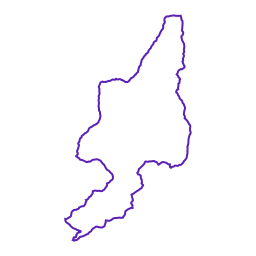 outline of Kazhi, Wangdi Phodrang, Bhutan
{"feature_id": "84629894B17880677073525", "entity_name": "Kazhi", "entity_type": "district", "adm_level": 2, "iso_a3": "BTN", "parent_name": "Bhutan", "parent_adm1": "Wangdi Phodrang", "projection": "orthographic", "projection_center": [90.104, 27.757], "detail": "fine", "context": "isolated", "style": "outline", "palette": "violet", "viewbox_px": 256, "rotation_deg": 0, "n_neighbors": 0, "source": "geoboundaries", "source_scale": "gbopen_adm2", "svg_char_len": 5792}
<svg xmlns="http://www.w3.org/2000/svg" viewBox="0 0 256 256"><path d="M170.9,167.7L171.1,167.2L171.7,166.9L172.7,166.8L173.6,166.5L174.2,166.3L174.6,165.8L175.3,165.6L176.2,165.7L177.8,165.9L179.4,164.9L180.6,164.9L181.2,164.6L182.0,163.7L183.0,162.9L184.0,161.0L184.7,160.5L186.4,158.3L186.8,156.9L187.1,154.8L187.5,153.6L187.4,151.9L187.6,151.3L187.4,150.4L187.6,148.9L187.4,146.7L187.5,146.2L187.9,145.7L188.0,144.7L188.3,143.8L188.5,139.4L189.3,136.0L189.8,134.7L190.6,133.3L190.7,132.8L190.4,131.3L190.1,130.8L190.0,129.5L190.1,127.8L190.3,126.9L190.1,125.2L189.0,124.1L188.5,122.8L187.4,121.1L186.6,120.0L185.4,119.0L184.6,118.2L185.0,116.9L184.7,116.0L184.0,114.8L183.9,113.9L184.2,111.3L185.1,108.1L184.9,107.1L184.2,105.6L183.6,103.9L182.5,102.8L182.3,101.3L181.6,100.2L180.7,99.6L180.2,98.9L179.7,98.5L179.1,96.3L178.1,95.4L177.9,94.4L177.6,93.7L177.0,92.9L176.4,92.6L176.1,91.9L176.5,90.8L177.0,89.8L178.2,89.3L178.0,87.7L178.4,86.2L178.4,83.7L179.3,83.2L179.5,82.2L179.6,80.6L179.5,80.2L180.0,79.7L180.2,79.3L179.8,78.4L178.3,77.0L178.4,76.5L178.2,76.0L176.7,74.4L177.2,73.9L177.7,72.8L178.0,71.5L178.7,70.5L180.0,69.5L180.9,69.1L181.7,69.4L183.6,68.1L184.6,67.2L184.5,66.0L183.8,65.2L183.6,64.3L183.1,63.5L182.8,62.3L182.4,61.6L183.2,60.6L182.9,58.4L183.4,57.7L184.0,55.8L183.8,55.1L183.2,54.0L183.5,53.6L183.5,53.1L184.1,52.2L184.3,51.4L183.9,50.3L184.3,46.3L184.0,43.8L182.9,41.6L182.2,40.6L181.4,37.2L181.5,37.0L181.4,36.2L182.9,34.7L183.2,33.5L183.2,32.5L182.9,31.7L182.3,31.2L181.9,30.2L182.3,28.1L182.4,25.7L182.6,22.7L182.4,20.8L181.3,19.2L181.4,18.2L180.7,15.7L179.3,15.9L175.4,15.8L174.1,15.4L170.1,15.9L168.8,16.4L166.7,16.4L166.1,16.8L164.9,17.9L164.6,18.7L164.3,20.5L164.8,21.6L164.7,22.7L164.5,23.1L163.8,23.9L163.1,25.5L163.3,27.0L163.0,28.3L163.0,28.8L161.3,30.5L161.1,31.4L160.5,32.1L159.0,35.7L158.4,36.3L157.9,37.0L157.4,37.3L156.9,37.9L156.7,38.2L156.8,39.0L156.5,40.3L156.0,40.9L154.8,41.4L153.9,42.3L153.2,44.3L151.5,46.2L150.8,48.1L149.5,49.3L148.7,50.4L148.2,52.1L147.2,53.3L146.1,53.7L145.7,54.2L145.5,55.1L145.1,55.3L144.7,55.9L144.2,56.2L143.6,57.1L143.6,57.6L142.3,59.0L142.2,59.4L141.5,60.5L141.4,61.8L140.9,63.1L140.6,65.4L139.6,66.2L139.2,66.8L138.9,67.9L138.5,68.9L138.5,70.0L138.1,70.6L138.0,72.0L136.2,73.6L135.9,74.4L135.0,74.8L134.8,75.3L134.2,75.9L133.4,77.0L132.1,77.7L131.1,78.1L130.7,78.5L130.4,79.4L129.2,80.5L128.9,81.1L127.7,82.0L125.3,82.0L123.8,80.8L122.8,80.5L122.2,80.0L121.5,80.0L120.4,79.2L119.5,79.1L117.7,79.5L116.7,79.3L116.1,78.8L115.9,78.8L115.5,79.3L114.9,79.8L112.4,79.5L110.2,80.9L108.6,80.9L106.5,81.8L105.7,81.8L104.5,82.0L103.4,82.0L102.6,81.6L102.3,81.6L100.7,82.4L100.1,83.2L99.5,85.2L98.7,86.8L98.8,87.3L99.4,88.7L99.3,91.7L99.6,92.8L99.4,94.3L98.6,96.2L98.9,97.2L98.9,98.8L98.6,99.9L98.6,101.0L99.0,103.2L98.5,106.4L99.0,107.8L99.0,110.5L99.6,111.3L100.0,112.2L100.0,113.8L100.5,116.1L99.8,119.2L98.9,120.6L98.5,122.1L98.2,122.5L97.5,123.0L97.2,123.5L95.3,124.7L94.4,124.9L91.5,126.9L89.5,127.9L88.8,129.0L88.0,131.1L86.3,132.6L84.7,133.4L83.6,134.7L81.8,135.9L81.6,136.3L81.5,137.5L80.2,138.3L79.9,139.0L79.4,141.3L79.0,142.2L78.5,142.7L78.2,143.5L78.2,143.8L79.0,145.0L78.2,148.4L77.2,150.4L77.1,152.0L77.7,152.8L77.8,154.2L76.1,156.2L76.2,156.4L76.8,156.4L77.5,157.0L78.1,157.8L78.8,158.0L80.3,159.8L81.7,159.9L84.3,160.9L85.7,161.7L86.5,162.0L87.8,162.0L88.3,161.6L88.8,161.5L89.5,161.7L90.1,161.6L92.8,159.8L94.7,159.6L96.2,159.3L97.8,159.4L100.5,160.7L102.8,163.7L104.0,164.6L106.2,168.7L106.9,169.6L107.7,170.2L108.8,170.6L111.2,173.4L112.2,174.1L112.9,176.4L112.9,178.7L111.9,180.0L110.2,181.0L109.7,182.0L109.3,182.4L107.0,183.5L107.1,183.9L107.1,184.9L107.0,185.5L106.7,186.1L104.3,189.5L103.1,190.2L102.4,190.9L101.0,191.2L99.1,190.7L97.4,191.0L95.7,190.6L94.9,190.6L94.3,190.7L93.3,191.2L92.8,191.2L92.7,193.2L92.0,194.5L91.1,195.4L90.7,196.3L90.0,196.8L89.3,196.9L88.0,198.9L87.3,199.5L86.0,200.0L86.4,200.7L86.3,201.5L85.6,202.4L85.4,203.9L83.8,206.1L82.0,206.3L80.1,207.0L79.0,207.7L78.9,208.3L78.1,209.0L77.3,209.1L76.2,209.9L74.3,209.9L73.6,210.2L72.2,211.4L71.6,212.3L71.2,214.9L70.7,216.5L66.7,218.9L65.8,219.2L65.3,219.0L65.3,220.2L65.6,221.2L66.4,222.4L69.5,224.5L70.6,226.0L72.8,228.0L75.6,229.0L77.1,230.0L78.2,230.2L79.5,230.8L80.4,231.0L80.6,231.2L80.5,231.9L79.8,232.4L78.7,232.1L78.6,232.4L77.1,233.4L76.6,234.4L76.4,235.6L76.2,235.6L76.2,236.4L76.0,237.0L74.7,237.4L74.0,237.3L73.4,238.1L73.4,238.4L73.6,239.0L72.9,240.0L73.6,240.2L73.8,240.6L74.0,240.6L74.7,240.3L75.8,240.2L77.2,239.8L77.7,239.1L78.8,238.4L79.8,237.1L80.6,236.7L82.7,236.4L87.1,234.2L88.0,234.0L88.8,232.7L91.1,231.2L91.9,229.7L93.0,228.6L96.0,226.7L97.0,226.7L98.5,227.0L99.0,227.3L102.3,227.5L103.3,226.8L104.4,226.4L105.1,223.9L105.7,222.6L105.6,221.8L105.9,220.4L108.4,220.8L109.7,220.7L111.7,219.8L112.5,218.9L113.9,218.2L115.1,218.0L116.8,218.0L118.5,217.7L119.6,217.6L120.5,217.9L123.1,217.5L123.4,216.5L123.9,216.1L124.9,214.5L125.5,211.1L128.2,209.2L130.9,208.0L132.6,207.9L132.3,206.2L132.5,205.7L132.5,205.2L131.1,203.3L131.5,202.2L132.4,201.2L132.8,200.6L132.9,200.1L131.5,194.7L132.3,194.2L133.3,193.8L134.9,192.5L136.0,191.8L136.6,191.2L138.5,190.3L140.1,188.9L141.4,188.3L141.9,187.4L142.0,186.9L143.1,185.4L143.1,185.0L141.7,183.7L141.5,183.3L142.0,182.2L141.8,181.2L141.7,179.4L140.9,178.5L140.7,176.7L140.8,176.1L140.7,175.6L140.5,175.3L139.1,174.5L138.1,174.4L137.4,173.3L137.4,172.6L138.3,171.7L138.5,170.9L138.8,169.1L139.8,168.3L141.8,166.4L144.0,164.1L144.6,163.1L144.7,162.4L145.1,161.8L145.6,161.5L148.0,161.8L149.5,161.4L152.1,161.3L153.2,161.0L154.3,161.1L155.4,161.8L156.6,162.1L157.9,163.8L158.4,164.7L159.0,164.5L160.4,163.3L162.3,162.1L163.6,162.1L166.4,162.8L167.4,163.7L168.5,164.3L169.9,164.4L169.8,165.7L170.0,167.0L170.9,167.7Z" fill="none" stroke="#5b21b6" stroke-width="2"/></svg>